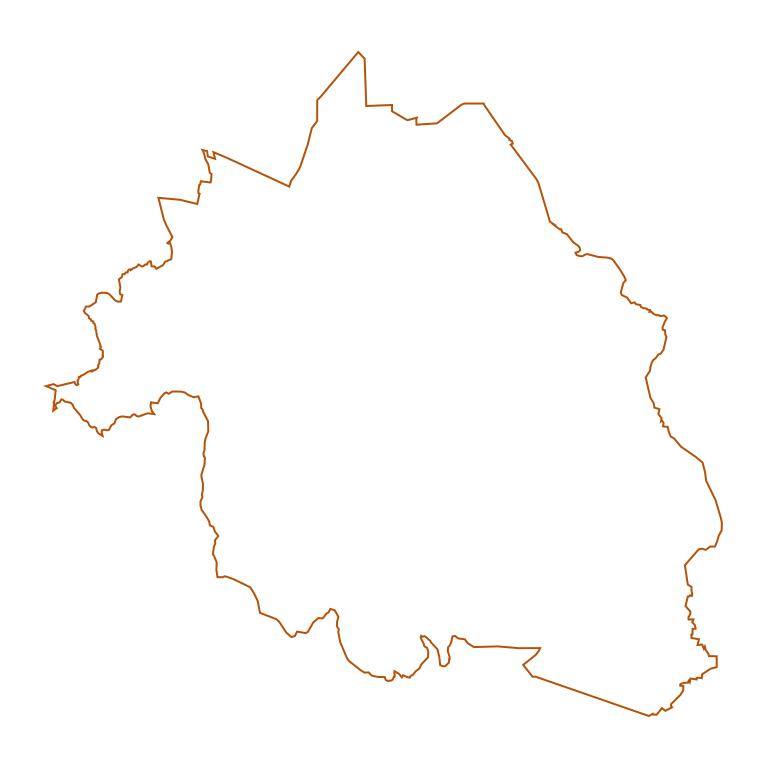 Zacoalco de Torres, Jalisco, Mexico (Robinson projection)
{"feature_id": "50627088B31834230260216", "entity_name": "Zacoalco de Torres", "entity_type": "district", "adm_level": 2, "iso_a3": "MEX", "parent_name": "Mexico", "parent_adm1": "Jalisco", "projection": "robinson", "projection_center": [-103.58, 20.244], "detail": "fine", "context": "isolated", "style": "outline", "palette": "amber", "viewbox_px": 768, "rotation_deg": 0, "n_neighbors": 0, "source": "geoboundaries", "source_scale": "gbopen_adm2", "svg_char_len": 6054}
<svg xmlns="http://www.w3.org/2000/svg" viewBox="0 0 768 768"><path d="M317.2,100.2L317.2,121.0L311.8,128.1L307.8,144.3L299.9,167.7L296.1,174.0L291.1,180.8L289.3,186.6L226.4,157.6L213.5,152.2L215.1,158.8L207.8,156.4L207.1,151.1L202.4,150.0L204.1,153.7L205.4,159.2L208.2,164.1L209.8,172.8L211.5,174.1L211.0,181.3L210.5,182.5L200.8,181.3L200.2,184.5L199.2,185.1L198.3,191.3L198.5,193.3L199.6,193.7L197.2,204.0L180.1,199.8L158.4,197.8L163.8,219.3L166.6,225.9L172.4,237.0L170.3,240.7L167.4,243.0L168.6,243.6L170.0,243.0L171.2,246.4L172.0,251.6L171.3,259.1L165.1,261.8L163.0,265.1L156.3,268.8L154.5,266.5L151.6,266.4L150.9,261.5L149.6,261.3L147.6,262.9L147.0,264.6L145.4,264.4L143.4,266.1L141.8,266.5L138.6,264.5L136.8,266.8L132.8,268.5L130.8,270.2L130.1,269.3L129.3,269.4L128.2,270.3L127.5,272.5L126.2,272.3L124.5,274.1L122.5,274.2L121.9,277.0L118.9,279.4L120.4,287.6L119.7,291.2L120.0,293.7L120.2,294.3L122.3,295.0L121.0,301.5L117.7,301.6L115.3,300.5L109.5,294.4L107.1,293.0L101.6,292.7L98.5,293.6L97.2,294.6L95.8,302.3L89.3,306.5L86.0,306.6L83.8,310.8L85.0,313.1L88.5,315.8L89.1,318.3L90.9,319.5L91.3,320.8L93.3,321.5L93.3,323.0L94.5,323.6L95.6,327.1L95.3,328.6L96.0,329.9L96.9,335.8L100.4,345.1L100.2,346.3L101.0,347.1L99.9,348.8L102.8,350.8L102.9,354.5L102.5,355.6L103.0,355.9L103.0,356.9L101.2,359.2L99.6,359.6L99.2,363.7L98.0,365.5L98.5,366.7L97.5,368.3L94.5,370.3L93.0,370.3L92.6,371.3L91.5,371.4L91.3,370.7L87.8,371.9L83.6,374.7L81.1,375.6L80.6,376.8L78.9,376.8L78.8,378.5L77.5,381.0L78.2,384.4L76.6,385.1L75.3,383.9L74.5,382.0L57.3,386.1L53.6,384.1L46.1,386.1L55.7,390.3L54.6,400.1L53.7,402.1L54.2,402.2L53.2,410.7L56.8,408.1L55.0,405.9L56.9,403.1L59.5,402.4L61.4,399.4L62.9,399.8L64.7,401.5L70.7,402.8L72.6,404.5L73.8,407.7L80.1,415.0L82.6,419.3L84.4,420.7L86.6,421.1L88.1,422.6L89.3,425.4L90.8,426.9L92.3,427.5L94.2,426.9L96.2,428.1L96.9,431.2L98.4,433.3L102.6,435.9L101.5,431.9L102.2,430.0L105.3,429.7L106.9,430.3L108.9,429.9L111.3,425.4L114.5,423.2L116.0,419.2L119.2,417.1L122.1,416.4L130.1,417.4L132.7,414.8L134.5,414.2L137.0,416.2L138.7,416.5L147.6,413.3L154.2,414.1L152.0,411.3L150.5,406.5L151.0,402.4L157.7,403.3L160.5,397.8L164.7,393.1L166.3,392.4L168.7,393.8L172.3,391.5L180.9,391.6L184.8,392.5L188.5,395.1L193.5,397.2L198.4,396.4L201.1,403.6L201.2,408.0L202.6,409.5L202.9,411.4L208.0,421.0L208.1,423.3L208.3,431.3L205.5,438.6L204.7,442.7L204.5,450.0L203.4,453.6L204.0,456.5L204.9,457.4L204.5,464.8L201.5,474.3L201.4,476.4L203.0,484.1L202.8,490.4L201.8,494.6L202.5,497.1L200.5,501.4L200.5,505.6L201.6,509.8L206.4,516.6L209.2,521.6L209.9,525.4L213.3,526.9L214.9,531.5L218.3,536.0L215.0,540.2L215.3,543.3L213.9,546.7L212.9,554.3L214.0,555.8L216.7,562.4L216.4,569.8L217.5,577.1L222.5,577.3L224.6,576.3L227.3,576.9L233.8,579.3L250.1,587.2L253.5,592.4L257.7,600.9L260.0,612.9L276.2,619.1L279.1,621.6L286.3,632.6L291.4,637.0L294.9,636.0L297.1,631.6L305.5,633.1L307.9,631.9L313.2,622.5L318.4,618.1L322.7,618.4L326.3,613.8L328.6,612.4L330.4,608.9L334.8,610.4L338.4,616.8L337.0,622.1L336.9,625.4L337.2,626.8L338.8,629.3L338.3,632.4L340.2,642.1L347.1,658.5L349.3,661.3L360.8,670.3L364.5,672.6L368.6,672.4L371.7,675.5L374.0,676.2L378.5,677.0L384.7,677.1L385.7,679.9L388.1,681.0L391.6,680.4L392.6,679.7L394.1,676.3L394.3,677.6L394.8,675.6L394.3,672.7L394.5,671.2L399.2,674.0L401.8,677.4L403.1,675.3L407.8,677.3L409.8,677.6L410.3,676.3L413.1,674.6L415.8,671.2L419.4,668.5L421.3,664.4L428.1,657.2L428.2,651.0L426.9,647.7L424.4,646.3L423.6,643.5L420.7,637.8L421.2,635.8L422.9,636.7L424.3,636.1L425.6,636.8L430.2,640.8L431.2,642.6L437.5,649.3L439.4,657.3L440.1,665.0L442.6,666.2L445.2,666.2L448.8,662.7L449.2,658.9L449.6,659.0L449.7,657.3L447.8,651.1L448.2,647.1L449.7,645.5L451.1,642.6L452.5,636.4L455.2,636.0L458.1,638.4L464.9,639.3L467.7,643.2L473.9,647.1L497.6,646.4L519.2,648.2L540.1,648.1L539.1,650.5L535.6,655.0L523.2,664.9L532.6,676.8L535.3,676.6L646.0,715.0L649.0,716.0L652.7,713.8L652.8,714.5L656.6,714.7L661.9,708.1L665.3,710.8L672.1,707.3L670.9,705.7L671.3,703.9L680.3,695.0L683.2,690.4L683.3,686.0L680.2,685.6L680.4,684.1L683.8,682.8L687.9,682.7L688.6,680.9L689.7,682.4L690.4,678.5L696.5,679.5L696.5,678.1L699.1,677.6L701.8,678.2L702.1,674.3L710.7,668.7L716.7,667.1L716.7,656.3L708.9,656.1L708.3,653.4L705.8,650.3L704.8,646.6L703.8,648.7L702.2,644.6L697.5,645.0L699.0,639.3L691.5,638.0L691.4,634.6L692.4,634.5L692.6,628.9L695.6,628.7L695.5,628.0L694.8,625.0L692.2,622.2L693.4,619.4L688.6,619.5L688.4,617.5L690.3,614.0L690.4,611.6L685.5,606.0L687.8,596.5L688.9,596.6L690.2,595.3L691.8,596.0L692.3,594.8L691.5,590.9L691.5,586.9L687.8,584.6L684.9,565.2L698.7,549.3L702.2,548.7L705.6,549.9L710.3,546.5L714.9,546.6L717.1,541.5L718.6,536.0L721.6,530.5L721.9,523.2L720.9,518.1L715.5,500.0L706.2,480.9L705.0,472.0L702.6,462.6L695.6,456.8L681.1,446.8L674.2,438.5L670.6,436.5L668.8,431.8L667.7,426.9L663.0,426.4L663.6,422.9L662.0,420.7L661.0,421.4L661.5,418.1L658.4,414.0L659.4,409.2L654.4,407.6L653.7,403.4L650.4,397.7L645.7,377.4L650.1,370.7L650.4,367.2L651.7,362.8L653.0,360.3L655.9,357.9L658.6,354.3L660.5,353.9L663.5,349.7L666.5,336.7L665.3,334.6L665.0,330.2L662.8,329.8L662.5,327.6L664.9,321.5L666.8,318.2L666.6,317.4L664.0,315.6L660.1,316.1L659.2,315.2L656.5,315.2L654.0,314.2L651.5,311.9L649.4,311.8L650.3,310.5L650.1,310.0L647.3,309.6L646.7,308.6L642.9,308.0L640.8,306.8L640.3,305.0L636.0,304.2L634.7,302.4L631.1,303.3L627.2,297.6L621.7,295.0L620.8,292.5L622.4,286.3L623.4,283.0L625.8,280.2L624.4,276.8L619.6,269.0L613.6,260.6L611.7,258.8L607.4,257.6L598.5,257.0L587.8,254.2L585.5,254.4L582.4,256.2L579.7,256.1L576.6,255.0L575.5,252.7L578.3,251.8L579.9,250.7L580.1,249.9L579.8,248.1L578.6,246.1L573.3,242.3L566.7,234.0L562.3,232.4L561.2,229.2L559.7,229.4L553.7,224.7L554.3,224.6L550.0,221.7L538.2,182.3L535.9,178.4L510.7,144.6L512.7,143.6L512.1,141.2L509.3,139.8L509.7,138.7L505.1,135.3L484.6,105.6L483.7,103.5L464.9,103.5L461.7,104.5L437.1,123.3L416.5,124.7L416.3,119.1L416.8,117.7L407.6,120.2L406.4,119.7L392.1,111.3L392.0,105.0L366.3,106.0L364.6,58.7L358.3,52.0L320.6,96.8L317.2,100.2Z" fill="none" stroke="#b45309" stroke-width="2"/></svg>